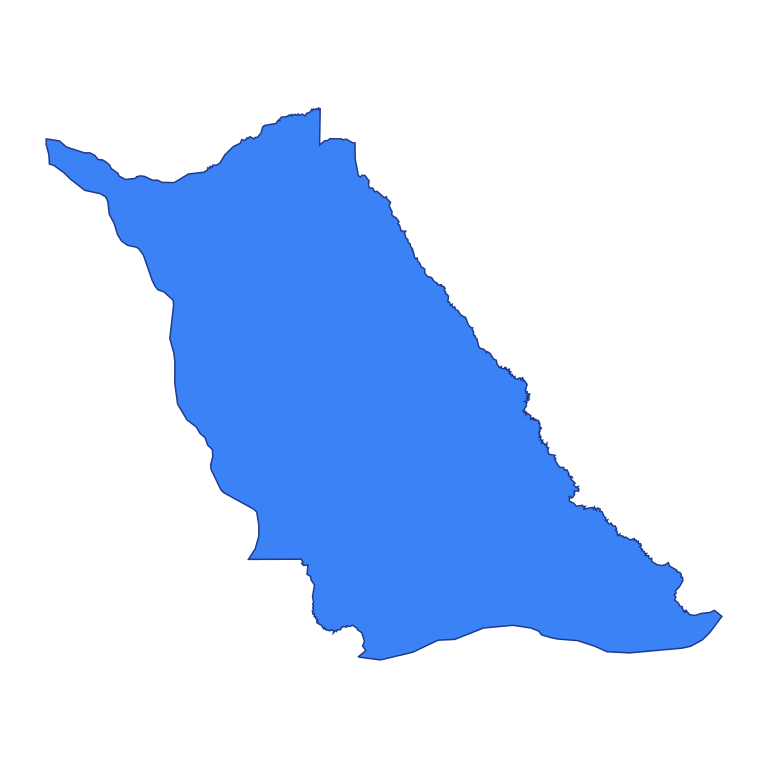 La Joya de los Sachas, Orellana, Ecuador
{"feature_id": "8360857B49386620675514", "entity_name": "La Joya de los Sachas", "entity_type": "district", "adm_level": 2, "iso_a3": "ECU", "parent_name": "Ecuador", "parent_adm1": "Orellana", "projection": "robinson", "projection_center": [-76.855, -0.261], "detail": "fine", "context": "isolated", "style": "filled", "palette": "blue", "viewbox_px": 768, "rotation_deg": 0, "n_neighbors": 0, "source": "geoboundaries", "source_scale": "gbopen_adm2", "svg_char_len": 6116}
<svg xmlns="http://www.w3.org/2000/svg" viewBox="0 0 768 768"><path d="M49.4,164.1L53.6,165.2L64.3,173.0L70.5,179.2L84.7,190.3L100.3,193.7L105.7,196.8L107.8,201.4L109.3,214.3L114.3,223.8L117.5,234.5L121.5,241.0L127.8,245.4L136.0,247.1L138.7,248.6L143.4,255.1L152.3,280.7L155.4,286.7L158.0,289.8L164.0,291.9L173.2,300.3L173.6,305.2L169.8,338.5L173.8,352.9L174.9,361.9L174.8,383.4L177.6,404.0L187.0,419.9L196.2,426.8L200.1,433.5L205.1,437.6L207.5,444.9L212.3,449.6L212.8,456.3L210.7,464.7L211.0,469.3L221.0,489.9L223.8,492.7L253.8,509.2L256.7,512.0L258.8,524.9L258.8,536.0L255.3,548.7L248.4,559.4L301.4,559.2L303.0,562.9L301.7,563.4L303.4,565.4L307.9,565.1L307.0,574.3L310.6,576.5L311.2,580.2L314.5,585.0L312.5,596.8L313.5,601.6L312.7,604.7L313.6,606.2L312.6,607.8L313.8,609.6L312.3,610.9L313.0,614.0L314.3,613.7L314.2,616.7L315.7,616.7L315.9,618.7L317.8,619.9L316.6,621.3L317.1,622.9L318.1,622.5L318.4,623.7L321.5,625.3L323.1,628.0L324.3,627.7L324.1,628.9L325.1,628.5L326.0,629.8L330.1,630.8L332.0,629.6L333.6,631.3L333.4,633.0L335.3,630.5L336.5,631.5L337.6,629.7L340.4,629.8L341.6,627.5L343.5,626.6L346.6,627.1L346.8,625.9L349.9,626.5L352.4,625.1L357.1,628.3L357.6,629.8L361.8,632.7L364.5,641.4L362.6,646.0L365.9,650.6L358.5,656.6L359.4,657.2L380.4,659.9L412.8,652.2L438.0,640.2L454.8,639.4L483.6,628.0L512.8,625.3L531.0,628.0L538.9,631.2L541.5,634.9L550.6,637.5L557.4,639.0L577.6,640.6L594.9,646.3L607.0,651.7L629.6,652.9L682.3,648.1L690.6,646.3L702.3,639.9L710.0,632.3L721.9,616.4L714.5,610.4L709.8,612.5L701.4,613.4L694.6,615.5L689.6,614.6L686.0,610.3L684.6,613.2L684.7,610.9L683.2,610.8L682.1,606.6L680.1,606.4L678.0,602.6L674.5,600.0L675.9,597.1L674.2,594.6L676.1,593.4L675.5,590.8L679.4,586.8L682.9,580.6L682.5,577.2L680.8,577.2L681.3,574.4L679.7,572.3L676.8,571.9L676.9,570.3L669.7,566.2L668.4,562.7L665.1,564.8L661.6,565.5L657.3,564.8L651.9,561.7L651.6,558.3L650.5,558.9L648.6,557.7L648.8,555.8L645.2,555.4L646.6,553.5L644.5,553.5L644.3,551.5L641.8,550.6L642.4,549.4L639.6,546.7L641.3,545.6L640.5,543.7L638.6,543.8L638.3,541.2L637.0,541.8L635.8,539.9L634.3,540.4L634.3,538.6L630.1,539.9L625.5,537.0L624.2,537.8L623.0,536.2L619.6,535.5L619.8,534.0L617.6,535.4L617.0,531.2L615.6,530.5L616.6,528.9L615.2,526.0L613.1,526.1L611.0,523.1L609.9,524.2L608.6,523.6L607.0,521.4L607.7,519.8L605.4,520.6L605.8,517.8L604.2,516.6L602.0,511.6L599.7,511.4L600.3,509.1L597.4,508.0L596.3,510.3L594.3,506.9L593.6,509.2L592.2,507.5L584.0,509.0L585.2,506.4L583.3,507.0L582.6,505.3L576.3,506.2L573.6,503.1L569.6,501.4L569.1,496.5L570.2,496.3L571.2,498.1L572.8,497.2L574.6,494.4L574.1,490.6L574.8,491.6L576.7,490.7L578.5,491.3L578.9,489.1L577.7,488.0L578.3,486.5L575.9,487.2L573.5,484.9L575.1,483.2L570.9,479.1L570.4,477.4L572.3,477.6L571.7,476.6L568.4,475.7L569.0,473.7L566.8,469.8L564.5,470.1L563.6,467.4L560.5,467.5L558.4,465.7L554.7,459.6L555.8,458.8L554.0,456.9L555.1,455.4L548.8,454.2L547.6,449.6L548.7,448.0L546.6,447.1L546.9,443.2L545.2,445.1L543.0,442.3L541.8,443.1L542.4,441.0L541.7,441.6L541.7,440.1L540.3,440.1L540.9,437.0L539.4,437.3L540.4,435.4L539.0,436.6L539.9,434.9L538.8,432.8L539.9,431.7L539.1,431.1L541.3,428.3L539.9,427.9L540.6,427.4L539.6,426.6L539.8,424.1L538.8,423.3L539.5,422.9L538.3,420.4L535.1,420.4L534.5,419.9L535.2,419.4L533.8,419.2L534.3,417.9L533.7,418.9L533.4,417.9L532.3,418.5L531.5,417.6L532.3,419.5L530.4,419.0L530.8,415.7L527.3,413.3L526.0,414.9L526.2,412.3L524.8,413.0L523.1,410.9L524.8,411.1L524.3,408.9L526.5,405.8L526.1,403.3L526.9,402.7L524.7,401.4L528.2,400.5L526.7,398.7L528.8,399.0L527.3,397.0L528.8,397.2L527.8,395.9L529.0,396.2L529.7,394.1L525.9,393.3L526.3,392.0L527.8,392.2L525.3,390.7L527.1,384.3L524.2,380.4L523.2,380.9L523.2,379.4L522.1,379.5L523.0,377.2L520.6,379.7L520.0,377.9L516.6,379.2L514.9,378.5L515.0,376.6L513.7,377.3L512.4,374.8L511.5,375.8L511.2,374.4L510.0,374.1L510.4,373.3L509.4,373.2L510.6,371.8L509.0,371.5L509.3,370.0L508.0,371.1L508.7,369.4L506.8,369.8L506.3,368.2L505.4,369.1L505.0,366.8L504.7,368.2L502.8,368.7L501.2,368.0L501.4,366.6L499.4,367.5L496.8,363.4L496.4,360.3L493.5,359.0L490.2,353.5L487.4,351.7L486.2,352.8L485.8,351.2L483.3,349.0L480.2,348.4L478.5,346.0L477.0,338.9L475.4,337.7L475.2,335.9L473.7,335.3L473.4,331.5L472.2,329.3L472.7,327.9L470.9,327.6L468.4,324.9L465.7,317.7L460.6,314.9L458.0,310.5L455.9,309.9L454.6,306.8L453.3,307.5L451.7,305.7L452.1,304.3L450.4,305.1L449.5,302.1L447.8,301.8L448.5,296.3L447.2,294.4L445.4,293.8L445.7,292.2L444.1,289.3L445.1,288.3L443.6,286.4L441.1,286.1L441.4,284.8L437.8,285.0L437.5,283.5L434.0,281.3L431.5,277.5L427.5,276.5L424.9,273.3L424.7,269.1L420.8,266.4L419.8,263.2L417.7,261.1L417.2,258.0L415.4,258.6L414.5,257.0L413.2,251.2L412.1,250.5L412.7,249.2L410.5,246.3L410.2,244.0L408.2,242.5L407.7,239.4L405.9,238.0L404.5,232.6L405.7,231.3L401.0,230.8L399.5,225.1L397.8,223.9L399.0,221.7L395.6,217.3L394.2,217.2L391.7,214.6L392.1,211.8L389.1,205.9L390.5,202.3L386.6,198.5L386.4,196.8L384.2,197.7L377.1,191.3L374.7,191.9L372.9,188.2L369.4,187.9L368.5,184.9L369.1,181.0L364.9,175.4L362.0,175.3L360.4,177.0L358.4,175.6L355.2,159.1L355.0,142.9L352.5,142.7L346.3,139.2L342.5,139.8L341.7,138.9L330.1,138.7L326.7,140.9L324.9,140.6L319.6,145.0L320.2,108.8L318.5,108.1L318.5,109.7L316.4,108.7L315.4,109.6L313.3,109.1L312.8,110.5L311.7,109.4L310.6,111.4L308.8,113.0L307.1,113.0L304.9,115.9L302.4,114.1L299.8,115.3L298.1,113.9L296.9,115.4L294.9,114.3L292.4,115.7L291.7,114.4L290.2,115.8L289.3,115.0L286.4,116.8L281.5,117.1L279.5,119.3L279.9,120.8L278.2,120.2L275.9,123.5L264.7,125.4L262.7,127.0L261.0,133.0L257.5,137.3L255.3,137.4L253.7,138.9L249.9,136.7L248.2,138.3L247.0,137.9L245.1,140.3L241.7,139.7L240.4,143.2L233.4,146.5L224.8,154.9L219.9,163.1L216.5,165.2L212.7,165.1L212.2,167.3L210.1,166.4L209.6,168.6L207.9,167.7L207.3,170.2L203.8,172.2L188.5,174.0L174.2,182.6L162.1,182.4L157.0,180.0L153.0,180.4L144.5,176.4L140.5,175.9L136.5,176.7L135.8,178.3L125.7,179.5L119.1,176.1L117.9,173.3L111.2,168.5L109.7,165.1L106.0,162.0L102.8,160.0L98.2,159.5L94.8,155.4L90.1,152.9L84.2,152.8L68.7,147.8L66.0,146.7L59.4,140.9L46.3,138.9L46.1,144.2L48.9,154.9L49.4,164.1Z" fill="#3b82f6" stroke="#1e3a8a" stroke-width="1.5"/></svg>